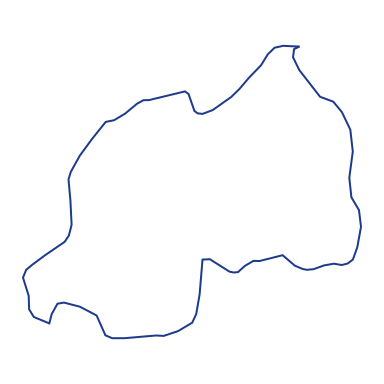 Rwanda, orthographic projection
{"feature_id": "RWA", "entity_name": "Rwanda", "entity_type": "country or territory", "adm_level": 0, "iso_a3": "RWA", "parent_name": "Africa", "parent_adm1": "", "projection": "orthographic", "projection_center": [29.912, -1.936], "detail": "fine", "context": "isolated", "style": "outline", "palette": "blue", "viewbox_px": 384, "rotation_deg": 0, "n_neighbors": 0, "source": "natural_earth", "source_scale": "50m", "svg_char_len": 1087}
<svg xmlns="http://www.w3.org/2000/svg" viewBox="0 0 384 384"><path d="M143.4,100.2L148.9,100.1L185.0,91.4L188.6,94.1L194.4,110.9L197.5,113.3L202.5,113.9L212.6,110.1L231.2,97.0L239.4,89.0L248.9,77.8L261.1,65.2L267.9,54.2L274.6,47.7L283.3,45.8L292.9,46.3L299.6,46.5L294.1,49.1L293.0,57.2L299.3,70.1L320.1,96.8L333.3,101.7L341.9,112.1L350.3,129.6L352.8,151.5L349.3,177.8L351.4,197.3L359.0,210.2L361.0,226.8L357.3,247.2L352.9,259.5L347.7,263.5L341.8,265.0L333.9,263.7L324.1,265.4L313.5,269.2L306.9,269.8L302.7,269.0L294.9,265.7L282.6,255.2L259.6,261.0L253.4,260.9L244.9,265.9L238.0,272.1L233.9,272.5L229.6,271.7L209.8,259.2L202.5,259.6L199.6,294.6L196.2,314.1L192.2,322.7L178.0,331.1L163.7,335.9L155.9,335.5L124.5,338.2L112.2,338.2L105.4,335.3L96.6,315.5L79.9,306.7L64.0,302.6L57.5,303.7L51.7,314.1L49.3,323.4L33.8,317.0L29.1,309.2L28.7,295.9L23.0,277.6L26.2,269.8L32.2,264.8L45.1,255.2L64.7,241.8L68.9,235.5L71.6,224.8L70.4,200.2L68.5,179.4L70.8,171.9L79.7,155.8L91.7,139.4L105.7,121.9L114.1,120.2L125.1,113.6L136.8,103.9L143.4,100.2Z" fill="none" stroke="#1e3a8a" stroke-width="2"/></svg>